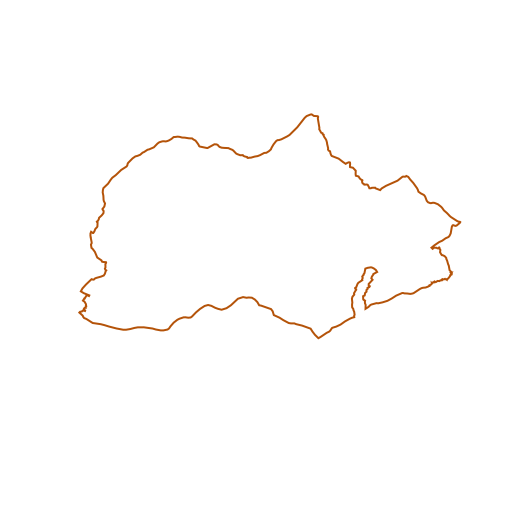 the district of Petrova, Maramures, Romania, rotated 131°
{"feature_id": "2599482B68695262569516", "entity_name": "Petrova", "entity_type": "district", "adm_level": 2, "iso_a3": "ROU", "parent_name": "Romania", "parent_adm1": "Maramures", "projection": "equal_earth", "projection_center": [24.184, 47.831], "detail": "fine", "context": "isolated", "style": "outline", "palette": "amber", "viewbox_px": 512, "rotation_deg": 131, "n_neighbors": 0, "source": "geoboundaries", "source_scale": "gbopen_adm2", "svg_char_len": 6120}
<svg xmlns="http://www.w3.org/2000/svg" viewBox="0 0 512 512"><g transform="rotate(131 256 256)"><path d="M414.6,352.2L414.7,347.6L415.3,346.6L415.4,345.6L415.6,345.1L414.8,342.7L413.7,335.3L409.3,328.4L407.6,325.0L405.7,320.7L402.2,313.7L398.8,307.9L396.9,305.7L393.5,302.9L390.1,300.6L387.5,298.5L383.5,294.0L378.6,286.5L377.2,283.4L374.6,279.0L372.8,277.0L369.5,274.5L367.7,274.1L365.1,274.4L360.3,274.4L355.7,273.5L353.5,272.6L349.8,270.4L348.6,269.1L347.0,266.6L345.3,265.0L343.7,264.6L337.9,264.3L332.6,263.5L327.4,262.0L324.4,260.0L322.9,257.0L321.9,252.9L320.8,250.0L319.1,246.7L314.7,244.0L309.6,242.6L300.1,241.6L295.5,238.8L293.7,235.7L292.2,234.4L290.2,231.8L289.6,228.3L289.9,224.7L291.1,221.3L290.1,219.6L286.2,209.8L286.8,207.1L288.9,203.8L287.1,197.7L286.5,193.4L285.1,187.3L284.0,185.5L281.7,182.8L281.1,181.0L278.3,175.6L275.0,167.1L276.0,163.8L276.8,159.9L277.1,155.0L274.9,154.2L267.5,152.2L265.2,151.2L263.7,151.0L260.6,151.4L259.8,151.1L256.6,149.1L252.3,147.2L246.9,145.9L241.7,144.0L239.6,143.0L237.7,141.7L236.9,142.6L235.6,143.1L233.6,145.4L233.1,146.6L232.0,148.1L231.8,149.4L231.6,149.8L229.7,151.6L228.0,152.7L225.3,155.6L223.4,156.5L220.7,156.5L219.8,157.6L216.6,158.2L215.8,158.2L215.4,158.5L215.5,159.8L215.1,160.2L213.7,159.9L210.7,161.0L209.1,161.2L204.5,159.9L204.2,160.5L202.7,161.0L202.2,161.5L202.0,162.2L201.4,162.4L199.6,162.4L199.3,162.8L197.8,162.9L193.8,165.2L191.7,164.0L189.1,161.8L188.6,160.8L188.1,159.0L187.9,156.4L188.6,154.1L192.6,155.6L193.0,155.3L195.6,155.0L197.2,154.3L197.5,152.4L203.2,152.6L204.5,151.4L204.2,150.3L205.1,150.1L207.0,150.9L207.6,150.2L209.3,150.3L210.4,149.2L212.3,149.4L214.5,148.1L216.1,148.8L218.3,146.7L218.5,146.1L218.2,145.1L218.2,144.3L218.9,144.0L220.3,142.6L220.8,141.4L221.3,140.9L224.0,138.7L220.7,137.7L217.9,137.5L216.8,137.0L212.5,134.1L211.6,132.8L208.0,130.1L203.6,127.4L199.1,125.7L193.9,124.2L188.1,121.4L187.5,120.8L186.8,119.4L185.1,117.3L183.4,114.7L182.1,113.6L180.7,112.7L173.5,110.7L171.7,110.0L170.5,109.2L168.5,107.3L166.1,106.0L165.0,105.8L164.8,105.5L164.3,105.9L163.4,105.4L162.4,105.1L161.9,105.2L161.7,104.9L161.8,104.7L161.1,105.5L161.1,105.1L160.4,105.0L159.6,105.1L159.0,104.3L158.7,104.7L158.1,104.6L158.0,103.8L157.5,103.1L155.7,102.6L154.6,101.1L153.3,100.8L152.6,100.0L151.7,100.3L151.3,100.1L151.6,99.6L151.0,99.5L150.2,98.8L149.3,98.4L149.4,97.9L148.7,97.1L148.7,96.3L147.9,96.6L147.1,96.2L144.8,96.3L143.7,96.4L143.2,96.8L141.6,96.2L140.8,96.7L140.7,96.8L141.0,97.2L140.2,97.4L140.6,97.7L140.7,98.3L139.9,98.4L139.7,100.6L136.8,104.2L136.1,105.7L134.0,108.9L133.5,110.2L132.7,111.1L132.4,112.8L132.4,113.8L133.0,115.8L133.4,116.3L133.3,117.0L132.4,119.6L130.5,120.8L129.9,122.5L129.4,123.0L129.4,123.4L130.8,123.5L131.2,124.2L131.4,125.2L132.9,127.1L134.7,127.4L134.6,129.0L131.0,128.4L125.3,126.9L122.3,125.5L118.2,124.5L115.4,123.2L113.7,123.2L111.2,123.9L105.4,127.4L104.1,127.7L103.4,127.5L102.5,125.3L101.5,124.6L97.4,123.9L96.4,124.1L96.4,124.4L97.3,125.9L97.7,127.4L98.7,134.4L98.7,136.3L98.5,137.7L98.3,140.3L98.3,144.1L97.6,146.9L97.4,148.5L97.6,152.7L98.8,156.1L99.7,157.4L101.2,158.5L101.8,159.2L102.6,161.4L102.3,163.4L100.4,166.9L99.9,168.3L99.8,169.4L100.6,172.6L100.9,175.6L99.9,177.2L99.2,178.9L97.7,185.2L97.1,189.9L96.4,193.0L97.0,195.1L97.6,195.1L98.2,195.4L99.7,197.2L100.4,197.5L106.3,198.6L117.7,203.9L122.6,205.5L124.8,205.5L126.5,210.2L126.3,210.9L128.5,213.3L129.6,213.8L130.5,214.9L129.8,216.2L129.0,218.4L129.3,219.2L131.1,221.1L130.9,221.9L131.2,223.1L130.8,224.1L129.9,225.1L129.1,225.3L129.0,225.5L129.4,226.9L129.4,228.5L128.7,230.8L129.9,233.3L128.8,234.6L126.2,236.7L125.8,240.8L127.2,243.3L126.4,244.2L124.8,245.3L123.8,246.4L124.2,247.3L125.8,248.2L127.6,248.8L128.0,252.1L128.3,257.5L130.8,264.5L130.5,265.6L129.7,267.1L128.4,268.8L128.8,270.3L128.4,271.5L127.3,272.3L124.8,275.8L123.8,276.9L122.5,278.9L121.9,280.5L121.5,282.3L120.7,284.1L120.1,284.5L120.4,285.4L119.7,286.3L120.2,287.7L118.8,291.5L117.8,292.1L111.7,299.5L110.2,300.4L110.0,301.1L112.3,304.2L112.6,306.9L113.5,307.7L117.2,309.6L119.8,309.9L131.8,309.3L142.6,310.1L145.2,310.9L151.3,313.4L153.4,314.7L154.5,315.8L156.1,316.2L160.2,316.0L164.0,315.3L165.8,314.7L168.4,315.0L171.3,315.9L172.8,317.4L177.2,319.1L179.5,320.3L181.8,322.2L185.2,324.4L186.0,325.4L186.7,325.8L187.5,326.8L187.1,327.5L188.4,330.1L188.7,331.4L188.5,332.1L190.3,334.0L191.4,337.0L191.7,338.2L191.3,342.4L191.4,343.5L192.4,346.4L192.6,347.5L195.5,351.2L197.0,353.3L197.1,354.0L197.5,354.7L197.6,355.9L197.3,357.8L197.7,359.0L199.0,360.7L206.3,363.4L206.7,363.9L210.3,370.3L210.3,371.3L209.7,372.4L209.0,375.3L208.6,377.4L209.1,379.6L209.2,381.4L211.1,383.7L213.4,387.4L215.1,389.5L216.2,391.8L217.3,393.4L219.0,394.9L220.3,396.2L223.1,396.6L225.8,397.5L227.4,398.3L228.8,399.3L229.9,400.9L230.9,401.9L233.6,403.6L235.7,404.1L241.0,404.4L245.6,406.6L247.0,407.6L251.0,408.7L252.4,409.4L255.5,409.8L258.1,411.1L260.0,412.4L263.3,413.2L269.7,413.6L270.8,413.3L272.0,412.6L273.3,412.4L279.5,414.2L287.0,414.9L291.2,415.8L293.6,415.7L298.5,415.1L304.9,415.7L306.7,414.8L308.6,413.4L310.7,410.7L313.6,407.9L314.4,406.8L315.4,404.4L318.2,402.9L321.3,402.7L321.7,401.9L321.8,400.9L322.6,400.0L323.9,399.2L326.7,399.1L330.1,399.5L331.6,398.7L333.4,398.4L335.2,398.9L334.5,398.3L334.4,397.9L334.7,397.5L337.7,395.1L338.4,394.9L341.0,395.0L343.6,394.1L345.4,393.9L345.7,394.2L345.9,396.3L347.6,395.7L348.3,395.1L349.5,394.1L350.2,393.0L350.4,393.0L353.1,389.5L354.0,388.5L355.7,388.0L357.8,385.5L357.8,384.0L358.6,380.3L361.3,374.8L360.7,369.8L361.3,368.5L360.7,367.3L359.1,365.2L359.4,364.7L361.0,364.3L363.4,362.1L364.7,361.7L365.2,360.6L365.1,359.6L366.1,359.5L368.5,358.4L370.6,358.1L373.3,359.5L377.4,362.2L378.6,362.8L380.1,362.9L380.7,363.4L381.4,364.9L389.1,365.6L394.3,365.7L397.6,365.0L397.0,361.5L395.1,356.0L395.8,355.8L396.5,358.1L400.5,357.4L400.6,357.7L403.2,357.3L403.0,355.4L403.9,352.8L405.3,351.2L405.6,351.5L406.8,350.6L407.0,351.1L407.6,351.3L408.5,351.3L409.2,351.1L409.2,349.2L409.7,349.0L410.0,349.8L410.6,350.5L411.3,351.0L412.1,351.0L413.6,352.2L414.6,352.2Z" fill="none" stroke="#b45309" stroke-width="2"/></g></svg>